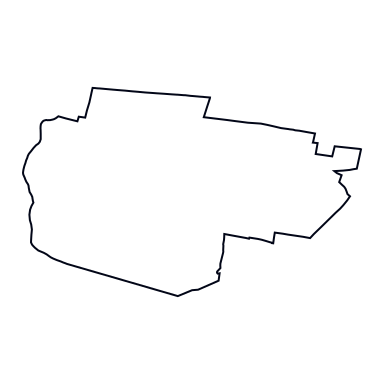 outline of Atizapán, México, Mexico
{"feature_id": "50627088B90969886119544", "entity_name": "Atizapán", "entity_type": "district", "adm_level": 2, "iso_a3": "MEX", "parent_name": "Mexico", "parent_adm1": "México", "projection": "albers", "projection_center": [-99.501, 19.175], "detail": "fine", "context": "isolated", "style": "outline", "palette": "ink", "viewbox_px": 384, "rotation_deg": 0, "n_neighbors": 0, "source": "geoboundaries", "source_scale": "gbopen_adm2", "svg_char_len": 2502}
<svg xmlns="http://www.w3.org/2000/svg" viewBox="0 0 384 384"><path d="M324.2,224.0L335.7,212.7L340.1,208.7L343.2,205.3L347.2,200.4L350.0,196.3L347.5,194.1L346.6,191.5L345.5,188.7L344.2,186.8L342.0,184.8L339.2,182.1L341.6,175.2L336.9,173.1L334.4,171.1L343.0,170.6L349.9,169.9L352.9,169.3L353.4,169.2L355.4,168.9L356.8,168.7L361.0,149.3L360.2,149.0L338.4,146.7L334.7,146.3L332.2,156.4L315.7,154.0L317.6,143.1L312.9,142.6L313.1,142.0L315.0,133.5L307.0,132.1L299.2,130.7L295.2,130.3L293.2,129.7L289.6,129.3L288.6,129.1L281.1,128.1L273.5,126.3L267.3,124.9L260.9,123.6L247.8,122.7L235.3,121.1L227.0,120.0L217.9,118.9L203.8,117.2L205.4,112.2L206.7,108.1L209.9,98.3L210.0,97.5L203.9,97.0L203.4,96.9L200.4,96.7L197.0,96.4L192.4,96.0L190.8,95.9L185.1,95.2L184.6,95.2L183.9,95.2L177.6,94.7L177.2,94.7L171.1,94.3L164.5,93.8L158.4,93.4L158.2,93.4L151.4,92.9L147.0,92.6L144.4,92.4L138.0,91.8L131.9,91.3L124.9,90.6L118.4,90.1L112.5,89.6L105.8,89.0L101.4,88.6L98.9,88.4L98.2,88.4L96.0,88.2L95.4,88.1L92.6,87.9L91.4,93.2L91.2,94.2L89.4,102.4L86.9,110.6L85.2,117.6L78.8,116.7L77.4,121.3L66.1,118.5L58.7,116.4L58.4,116.3L56.8,117.5L55.7,118.3L53.9,119.2L52.5,119.6L50.2,120.1L47.4,120.2L46.3,120.0L45.3,120.2L44.3,120.5L43.5,120.8L42.7,121.5L41.9,122.5L40.9,124.1L40.6,126.1L40.5,128.4L40.6,129.7L40.7,133.9L40.7,135.6L40.7,139.2L39.8,141.8L38.4,143.6L36.1,145.2L33.6,147.9L30.9,151.4L28.9,153.8L27.9,155.7L27.2,158.0L26.1,160.5L25.4,163.1L24.8,164.7L24.3,166.2L23.9,167.8L23.5,169.4L23.2,171.2L23.0,172.9L23.3,174.6L24.1,176.4L24.8,178.0L25.2,179.2L26.3,181.7L28.0,184.3L28.5,185.6L28.8,188.0L29.6,192.0L31.2,194.6L32.3,197.0L32.4,197.9L32.9,200.9L33.4,202.6L31.5,206.0L30.1,209.7L29.4,214.7L29.9,220.2L31.2,224.5L31.9,229.5L31.4,234.9L31.1,240.2L31.0,242.4L32.1,244.7L33.5,246.3L35.0,247.8L38.3,250.5L43.8,252.8L46.7,254.4L49.0,256.1L50.9,257.4L53.3,258.6L56.9,260.1L60.9,261.5L63.2,262.5L65.2,263.2L66.9,263.9L122.4,280.0L177.8,296.1L192.1,290.2L198.1,289.7L218.6,280.7L219.6,273.3L218.4,273.5L217.7,273.6L217.2,273.0L217.0,272.4L217.2,271.5L220.4,268.1L220.3,265.2L220.4,263.5L223.0,253.2L223.3,251.8L223.2,250.1L223.4,245.7L223.2,244.2L224.0,240.0L224.2,237.3L224.3,234.0L231.2,235.3L235.0,236.0L245.4,237.9L245.5,237.9L249.0,238.7L249.4,237.6L257.7,238.9L259.2,239.2L260.6,239.5L261.9,239.8L266.0,241.0L269.9,242.2L271.9,242.7L271.9,243.1L273.2,243.3L274.0,237.5L274.8,232.6L282.8,233.7L288.0,234.6L303.1,236.8L310.1,238.1L313.8,234.1L323.6,224.6L324.2,224.0Z" fill="none" stroke="#020617" stroke-width="2"/></svg>